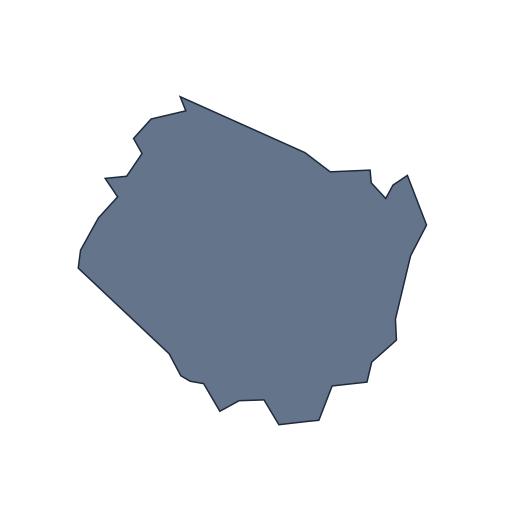 Appomattox, Virginia, United States of America (Albers equal-area conic projection), rotated 339°
{"feature_id": "52423323B11653599208682", "entity_name": "Appomattox", "entity_type": "district", "adm_level": 2, "iso_a3": "USA", "parent_name": "United States of America", "parent_adm1": "Virginia", "projection": "albers", "projection_center": [-78.811, 37.377], "detail": "fine", "context": "isolated", "style": "filled", "palette": "slate", "viewbox_px": 512, "rotation_deg": 339, "n_neighbors": 0, "source": "geoboundaries", "source_scale": "gbopen_adm2", "svg_char_len": 597}
<svg xmlns="http://www.w3.org/2000/svg" viewBox="0 0 512 512"><g transform="rotate(339 256 256)"><path d="M242.3,80.1L242.5,95.3L207.2,90.5L183.8,102.4L186.3,119.5L163.8,135.2L143.0,129.5L148.0,151.2L122.5,164.0L94.3,187.7L85.7,203.6L139.9,316.2L142.9,340.9L149.7,349.4L161.4,356.4L166.6,388.0L188.3,385.0L211.9,393.2L216.9,421.7L243.0,428.4L255.8,431.9L280.5,404.6L314.4,413.5L326.0,396.5L357.0,384.8L363.5,365.0L400.4,311.2L426.3,288.2L426.2,235.0L409.3,238.9L397.7,248.8L389.8,229.0L393.3,216.7L355.4,204.0L338.7,177.0L242.3,80.1Z" fill="#64748b" stroke="#1e293b" stroke-width="1.5"/></g></svg>